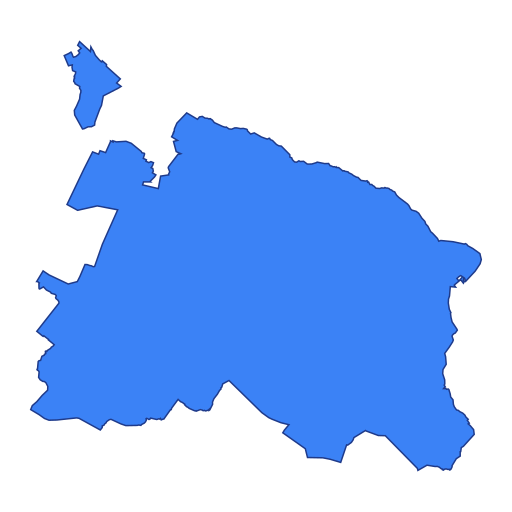 outline of Otumba, México, Mexico
{"feature_id": "50627088B37171022679347", "entity_name": "Otumba", "entity_type": "district", "adm_level": 2, "iso_a3": "MEX", "parent_name": "Mexico", "parent_adm1": "México", "projection": "mercator", "projection_center": [-98.764, 19.669], "detail": "fine", "context": "isolated", "style": "filled", "palette": "blue", "viewbox_px": 512, "rotation_deg": 0, "n_neighbors": 0, "source": "geoboundaries", "source_scale": "gbopen_adm2", "svg_char_len": 5949}
<svg xmlns="http://www.w3.org/2000/svg" viewBox="0 0 512 512"><path d="M465.7,281.3L475.2,271.1L480.1,263.8L481.3,259.6L479.9,253.6L472.8,248.5L467.9,245.8L466.6,244.2L465.3,243.6L464.4,244.1L453.0,241.7L440.8,240.5L438.8,241.2L437.4,238.4L432.5,233.2L430.7,231.7L427.9,226.2L425.7,223.9L424.9,221.4L421.9,218.2L418.7,213.2L416.1,211.3L411.9,210.1L410.6,208.9L408.9,205.6L407.5,204.0L398.9,197.5L396.5,195.1L394.7,191.9L392.5,191.0L391.7,190.1L389.8,189.4L389.0,188.5L387.1,188.0L386.2,188.1L384.9,187.5L384.1,188.1L381.5,187.9L379.8,188.5L375.9,188.2L374.3,186.4L372.6,185.4L371.8,184.5L369.9,184.5L368.7,182.2L367.7,182.3L367.8,181.4L367.0,180.7L365.8,181.1L361.0,180.4L358.0,177.4L356.6,177.2L353.4,175.5L351.8,174.2L348.8,172.8L348.1,171.9L344.7,171.2L344.3,170.8L343.5,170.7L342.9,171.0L338.7,167.6L336.4,167.5L336.2,167.0L335.9,167.3L334.6,166.7L333.2,166.8L330.9,165.8L330.2,165.8L328.6,163.5L324.7,163.6L317.1,162.1L316.5,162.6L311.8,164.0L308.1,164.1L307.2,164.0L303.6,161.3L300.2,161.5L298.9,160.8L296.6,162.2L294.5,161.9L292.4,159.7L291.7,157.8L289.9,157.1L289.8,154.7L281.3,146.1L278.8,145.8L276.5,144.5L272.5,140.5L270.3,139.6L269.7,138.4L269.2,138.2L267.4,139.1L266.4,138.8L261.4,137.0L254.3,132.9L250.6,134.0L247.5,130.9L247.3,129.8L246.7,129.2L243.3,128.4L240.5,128.6L236.8,127.9L234.7,127.9L231.6,129.2L229.0,128.9L226.2,127.0L225.3,127.3L222.5,126.4L214.3,122.6L212.3,120.0L211.1,119.4L210.6,118.7L209.5,118.7L209.0,119.0L207.6,118.3L205.0,118.1L202.3,116.4L199.5,116.9L197.5,119.3L186.7,112.9L176.9,123.1L174.4,128.9L174.2,131.5L173.9,131.4L173.1,133.2L173.4,133.4L171.6,136.8L177.5,140.4L173.5,141.4L176.2,151.6L180.8,153.7L179.4,154.2L178.0,154.3L168.6,166.6L168.2,167.8L169.7,171.8L168.6,174.1L168.7,174.9L160.6,176.1L158.3,188.6L142.6,184.9L143.5,181.9L150.5,181.9L150.0,181.5L154.5,177.0L155.9,174.9L152.4,172.8L153.3,171.1L152.8,168.5L151.1,167.7L152.6,165.5L153.5,162.7L150.9,161.6L148.8,162.6L145.9,161.2L146.4,159.8L143.3,158.4L144.6,153.9L144.3,153.3L141.8,152.7L141.3,151.5L131.3,143.3L126.0,141.3L116.4,141.9L112.9,140.8L113.0,142.0L110.5,140.9L110.5,141.6L105.6,152.6L100.0,150.7L98.6,154.2L92.6,151.9L83.9,169.1L67.0,204.5L77.6,210.3L97.2,205.9L117.7,209.8L102.4,244.2L94.6,266.5L93.2,266.7L91.1,265.7L90.0,265.6L87.3,264.6L85.0,264.5L79.9,276.5L77.3,281.6L68.2,284.0L49.0,274.9L43.1,270.9L36.7,281.5L37.4,281.5L39.4,283.0L38.9,283.7L39.0,288.3L39.3,288.9L39.7,289.0L43.5,286.9L46.4,290.0L50.5,292.1L51.3,293.3L55.1,294.4L56.2,295.5L56.2,296.1L55.6,297.5L55.9,298.5L58.0,300.3L58.9,301.9L58.9,303.2L36.8,331.3L42.3,335.8L43.2,336.4L43.8,335.8L48.6,339.5L48.4,339.9L54.2,344.7L53.1,346.1L51.3,347.2L50.6,348.4L47.4,350.4L46.9,351.3L46.0,351.0L45.4,351.3L45.3,352.1L45.8,352.7L45.7,353.7L44.5,354.2L44.2,355.2L41.9,356.3L40.6,360.4L39.0,360.7L38.2,361.5L37.5,369.0L37.0,369.3L37.2,370.0L38.5,370.8L39.1,371.9L38.6,377.4L40.2,379.8L42.8,381.4L44.3,381.5L45.9,382.7L47.8,386.4L47.6,390.2L42.2,395.4L36.8,401.7L32.3,405.6L30.7,409.6L39.2,414.7L44.5,418.5L49.0,420.2L56.8,420.0L76.6,417.9L79.0,418.3L100.3,430.0L102.2,427.6L102.3,425.8L103.9,425.3L104.6,424.0L106.1,422.8L106.6,421.6L109.0,419.9L110.3,419.4L111.2,419.4L120.9,423.9L125.8,425.6L137.2,425.4L138.8,425.0L140.9,425.4L141.6,424.5L144.3,423.1L145.5,421.8L146.3,420.2L146.1,418.6L146.8,418.3L149.0,419.5L150.0,419.1L150.2,418.4L150.6,418.1L156.8,419.5L158.8,418.8L159.7,419.1L160.5,418.4L161.2,419.9L163.3,419.0L163.8,419.1L170.4,409.8L170.8,409.9L171.3,409.5L171.6,408.2L178.1,399.4L180.6,401.7L182.1,402.3L184.8,404.2L184.6,404.7L186.6,406.7L187.9,407.3L189.2,408.4L194.2,410.6L195.4,411.0L196.0,410.7L196.4,411.1L200.3,409.6L202.3,410.1L203.1,410.7L204.6,410.4L205.3,410.9L206.2,410.8L208.3,410.1L209.3,409.2L209.2,410.3L209.8,409.9L212.6,404.3L212.5,402.1L213.9,398.7L217.4,394.2L219.5,390.5L221.0,389.0L220.9,387.9L221.8,387.1L222.7,383.9L229.0,380.5L261.9,412.7L268.7,417.6L271.8,419.1L280.9,422.7L288.9,424.7L284.4,430.1L282.8,432.8L305.3,448.7L307.5,457.5L322.8,457.8L329.9,459.2L340.7,462.4L346.6,444.9L347.7,445.1L351.4,442.4L353.1,439.9L353.9,437.6L365.5,430.5L365.9,430.9L378.3,435.5L385.3,435.7L417.4,468.4L417.9,470.4L427.0,465.2L435.1,466.5L437.3,466.4L439.3,467.2L441.3,468.8L442.5,469.1L442.4,469.7L443.2,470.1L443.6,470.1L444.2,469.3L446.1,468.9L447.8,469.4L449.9,469.3L449.8,469.9L450.3,469.8L451.1,469.0L452.1,466.8L452.1,465.6L456.3,458.7L460.2,456.1L460.2,451.7L460.7,451.6L461.3,447.6L463.4,446.3L474.2,434.4L473.6,429.6L470.2,425.6L468.2,423.9L469.3,423.2L467.3,420.3L468.2,419.3L465.8,416.9L464.9,415.1L462.7,413.1L459.5,411.5L458.6,410.5L456.5,409.9L454.3,406.8L453.4,404.3L453.0,399.8L450.7,397.0L450.2,393.9L448.9,389.6L448.2,389.0L446.5,389.3L445.9,388.6L443.6,388.6L444.8,387.1L445.3,386.9L444.2,385.1L444.8,384.0L444.7,379.9L442.7,373.7L443.0,369.5L446.2,364.3L445.6,356.7L444.7,353.4L449.2,347.2L452.6,341.9L453.3,340.0L452.1,336.4L452.3,335.3L453.7,333.8L455.3,333.0L457.3,330.2L457.0,329.3L452.1,321.9L451.0,317.4L450.5,313.3L450.9,312.7L449.3,309.3L448.3,303.0L448.4,301.3L448.5,299.1L449.5,296.0L450.3,286.6L455.6,287.1L454.3,285.3L454.4,284.9L459.3,280.8L458.0,279.9L456.9,278.5L458.8,276.7L460.7,275.6L462.6,276.8L459.9,279.8L461.4,280.6L463.4,283.2L464.3,281.5L463.3,280.3L463.8,277.7L464.5,278.1L465.7,281.3ZM79.6,41.6L77.7,45.3L81.1,48.3L78.2,50.8L79.7,52.9L78.2,54.7L75.9,56.5L73.5,57.2L73.0,56.5L71.9,53.5L71.0,52.1L68.7,53.5L64.2,55.6L68.5,65.8L72.3,64.9L72.0,67.2L72.6,70.6L75.7,71.9L75.5,73.7L74.3,76.0L74.6,76.0L74.6,76.7L74.2,78.0L74.6,78.2L73.9,79.6L73.7,81.4L74.8,82.7L75.0,83.7L79.8,86.5L79.5,88.2L80.9,90.4L80.8,92.4L80.1,94.5L79.6,99.1L76.6,106.0L74.3,110.4L74.7,115.0L82.5,129.0L84.1,128.7L88.1,126.8L91.5,126.7L94.6,125.1L94.9,122.1L99.8,108.9L101.5,105.4L103.3,95.9L118.6,88.0L121.1,86.4L116.6,83.0L120.3,78.9L106.3,66.3L106.6,64.6L106.0,64.0L102.3,60.8L101.8,61.9L101.3,61.8L99.1,59.7L95.4,55.4L93.1,50.4L92.3,49.6L90.9,46.9L90.4,51.5L79.6,41.6Z" fill="#3b82f6" stroke="#1e3a8a" stroke-width="1.5"/></svg>